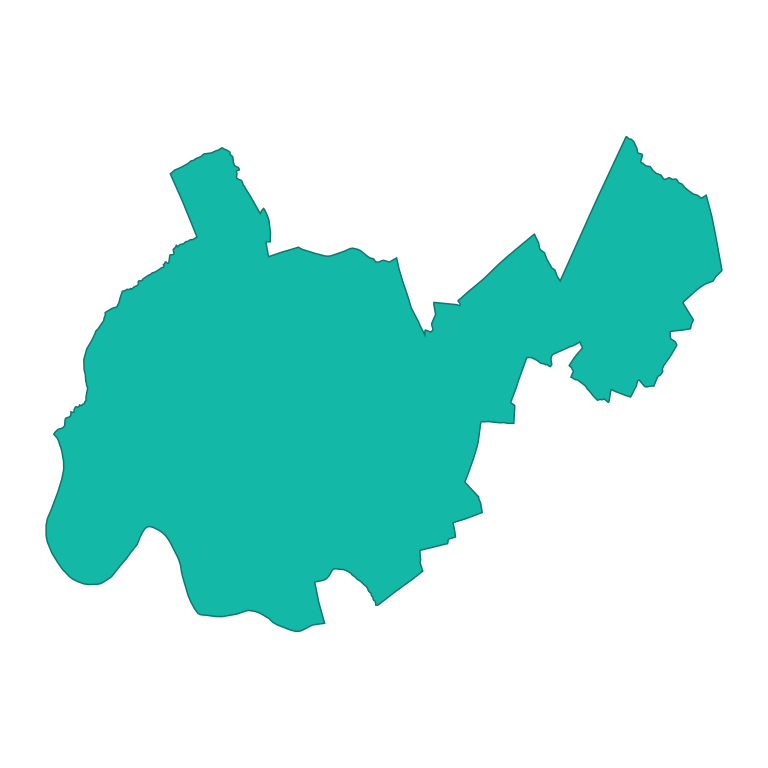 Bang Khonthi, Samut Songkhram, Thailand (Equal Earth projection)
{"feature_id": "78962969B68026694261665", "entity_name": "Bang Khonthi", "entity_type": "district", "adm_level": 2, "iso_a3": "THA", "parent_name": "Thailand", "parent_adm1": "Samut Songkhram", "projection": "equal_earth", "projection_center": [99.954, 13.478], "detail": "fine", "context": "isolated", "style": "filled", "palette": "teal", "viewbox_px": 768, "rotation_deg": 0, "n_neighbors": 0, "source": "geoboundaries", "source_scale": "gbopen_adm2", "svg_char_len": 6067}
<svg xmlns="http://www.w3.org/2000/svg" viewBox="0 0 768 768"><path d="M653.8,386.2L657.5,377.2L658.6,376.0L660.3,375.1L662.7,371.6L662.4,368.7L663.6,365.9L671.5,354.5L676.8,345.3L676.7,344.7L675.3,341.8L671.3,339.1L670.5,338.0L670.2,336.1L670.1,332.0L671.0,331.3L683.1,330.0L690.5,328.7L691.3,324.5L693.2,320.4L693.1,319.4L684.3,305.2L683.2,303.0L683.2,302.1L696.8,289.9L701.4,286.4L705.6,283.9L713.0,281.1L715.8,276.6L721.7,270.9L721.9,269.9L715.5,234.9L711.7,215.8L706.2,195.2L701.3,198.3L697.6,195.3L693.2,194.0L688.2,190.4L685.3,188.0L681.9,184.0L678.8,182.8L676.4,179.3L675.1,179.0L672.6,179.5L669.8,177.9L668.7,177.7L665.8,179.3L664.2,179.2L663.4,178.6L661.0,175.1L656.3,173.4L653.2,170.8L650.2,166.6L645.8,165.9L642.8,163.3L640.8,162.5L640.6,161.7L642.5,155.6L642.3,154.7L641.7,154.0L639.4,153.5L637.7,152.7L636.9,148.2L635.7,146.0L634.4,142.7L633.4,141.2L631.3,139.3L629.2,139.0L626.6,136.7L626.0,136.9L596.5,200.0L560.2,280.9L557.2,276.4L554.9,270.0L551.8,267.9L547.9,261.1L546.9,259.3L544.5,252.8L540.1,249.6L539.5,248.1L538.7,243.0L535.9,237.5L534.5,234.2L533.2,235.0L507.1,256.8L499.0,264.0L483.3,279.2L467.1,292.7L459.9,299.2L458.3,300.2L458.1,301.1L460.1,303.6L460.2,304.7L459.8,305.4L459.0,305.5L457.0,304.7L433.9,302.4L433.8,304.3L435.6,314.6L431.8,323.2L431.8,325.5L432.9,328.6L432.9,329.7L432.3,330.8L430.6,332.0L426.4,330.3L425.3,330.1L425.0,330.7L424.8,334.9L419.8,325.0L418.5,321.8L411.2,307.8L407.7,295.9L402.9,281.9L399.2,269.6L396.6,257.9L389.3,262.1L383.7,260.3L381.9,260.6L379.1,262.0L377.2,262.2L375.5,261.7L373.8,259.1L373.2,258.7L370.6,258.2L367.8,256.6L361.2,251.1L358.2,249.5L352.9,248.2L350.4,248.5L343.9,251.4L331.1,255.8L328.6,256.2L325.0,256.0L314.1,253.1L302.4,249.4L300.3,248.4L298.6,247.2L280.5,252.6L268.9,256.6L268.2,255.1L266.0,242.4L266.5,241.9L270.3,241.7L270.5,232.6L268.9,220.1L266.9,214.5L264.5,209.6L263.5,208.5L261.5,210.9L260.2,213.5L259.6,212.5L251.1,197.4L245.2,188.0L244.5,186.2L243.4,185.6L242.9,183.6L241.7,180.9L241.0,180.2L238.5,179.4L236.6,177.9L236.5,176.6L237.0,173.7L236.5,171.6L236.8,170.8L237.5,170.4L239.0,170.2L239.2,169.8L239.1,168.8L238.4,167.7L234.1,165.4L234.0,163.7L233.1,162.0L233.3,159.8L232.9,158.8L232.6,156.4L231.3,155.6L230.2,154.4L229.9,152.1L227.6,150.5L225.0,149.5L222.0,147.8L218.2,150.2L216.4,150.6L211.2,153.0L204.0,153.9L200.7,156.7L195.5,158.8L193.7,160.3L191.1,160.9L188.3,163.3L181.6,167.1L174.7,170.1L170.3,173.9L182.4,201.1L197.0,237.0L192.9,239.5L190.3,239.8L188.2,241.1L185.8,241.7L183.4,243.8L179.9,244.6L177.8,246.8L177.3,246.7L176.7,245.3L176.3,245.3L175.4,247.6L174.0,248.5L173.2,249.7L173.3,250.7L174.1,253.1L174.0,253.7L172.6,254.7L170.6,254.8L169.8,255.3L168.9,262.1L168.5,263.1L167.5,263.3L166.0,261.9L165.4,261.9L164.5,263.8L163.4,264.5L164.0,266.3L163.7,267.1L161.4,267.8L159.5,269.3L155.2,272.0L152.2,272.9L150.4,274.5L148.6,275.2L144.2,278.1L143.0,279.0L141.9,280.5L140.5,281.0L139.5,280.7L138.8,280.9L138.1,281.9L138.4,284.0L138.1,284.7L136.7,285.9L135.3,286.3L133.6,287.3L131.8,289.1L130.6,288.5L128.9,289.6L127.0,289.3L124.8,290.8L122.4,291.2L119.9,298.6L118.8,303.1L117.6,305.1L116.9,306.9L112.2,308.3L105.2,312.5L105.1,313.1L105.4,314.9L104.0,318.3L103.8,320.4L98.2,328.7L96.1,330.7L93.6,336.7L91.3,341.2L86.7,349.0L83.8,359.7L84.1,369.7L85.3,374.6L85.8,381.4L86.3,382.9L86.8,386.0L87.7,387.9L86.0,396.8L86.0,400.5L85.0,401.6L84.2,403.8L82.6,404.3L81.5,405.5L80.8,405.6L79.6,405.0L79.0,406.5L77.9,407.3L76.1,406.7L75.4,407.0L74.1,409.5L74.0,412.2L72.7,412.4L71.0,411.8L70.7,415.7L68.8,417.2L66.3,417.9L65.4,418.8L65.0,420.3L64.7,425.2L64.0,426.7L61.8,428.3L59.3,428.9L57.8,429.6L54.8,432.5L53.8,434.3L57.2,438.1L58.5,440.8L61.7,450.5L63.6,461.5L63.7,468.8L63.5,470.8L61.7,479.5L57.8,492.2L51.3,509.5L48.0,517.1L47.2,519.4L46.1,525.5L46.1,534.3L46.3,536.7L47.2,541.3L48.1,543.8L52.0,553.2L57.7,562.5L62.2,569.0L69.4,576.6L73.2,579.4L78.0,581.7L84.0,583.9L88.6,584.5L97.2,584.3L100.3,583.7L102.9,582.4L109.8,578.0L111.9,576.3L120.4,565.5L126.4,558.6L130.5,552.8L136.8,544.9L137.4,544.0L140.1,537.1L142.1,533.0L144.6,529.1L146.4,527.4L147.6,526.8L150.0,526.6L152.9,527.3L158.4,530.0L162.5,532.7L165.8,535.9L168.7,539.9L170.6,543.2L177.5,556.8L179.0,560.3L180.5,565.2L181.5,571.6L182.5,576.3L188.2,595.8L191.0,602.2L194.5,608.7L198.1,613.5L200.2,614.6L202.9,615.0L206.2,615.2L215.4,616.5L222.4,616.6L236.7,614.1L247.0,610.6L248.9,610.5L251.5,610.8L255.0,611.4L259.7,613.0L268.8,618.4L272.9,622.4L276.9,624.7L289.2,629.6L292.6,630.6L295.5,631.3L299.5,631.2L302.0,630.4L310.4,626.0L313.3,624.8L324.6,623.3L318.8,602.3L314.7,582.0L322.4,580.5L325.3,579.4L327.0,578.2L329.1,575.9L331.7,571.0L333.3,569.2L334.8,568.8L343.7,569.6L347.6,571.2L350.9,573.2L352.0,574.8L352.5,574.9L353.3,575.9L354.6,576.4L357.0,579.1L360.8,581.5L363.9,584.6L366.5,586.7L367.4,588.1L368.5,591.0L371.0,593.4L371.3,594.0L371.3,595.5L372.9,597.2L373.3,599.9L375.1,601.3L375.6,602.9L375.8,605.2L377.8,605.2L395.7,591.4L412.4,579.3L422.8,571.1L422.3,570.6L422.0,568.6L420.1,562.9L420.6,559.5L419.8,550.4L447.6,543.6L448.2,540.1L448.9,539.0L455.5,537.0L454.9,532.2L453.1,522.6L465.9,518.7L482.2,512.5L480.6,503.0L478.9,499.1L478.6,496.8L464.8,482.1L468.6,472.4L473.7,457.9L477.3,446.0L478.3,441.2L480.8,422.2L481.5,421.7L485.4,421.8L488.1,421.5L499.7,422.8L503.9,422.6L508.4,423.4L513.8,423.3L514.8,405.9L514.5,405.3L510.9,402.8L510.8,402.1L516.2,387.9L518.3,381.1L526.8,357.6L531.6,357.6L537.2,360.5L540.6,363.1L544.7,364.1L545.6,364.8L547.1,364.5L549.3,366.3L550.4,366.6L551.8,364.7L551.0,359.5L551.2,357.2L551.8,355.7L553.0,354.3L569.6,346.9L574.0,345.4L579.8,342.0L582.0,346.7L582.3,347.8L582.2,348.4L578.2,352.8L574.4,357.6L569.2,365.4L569.3,365.8L571.8,367.9L572.2,369.4L573.5,371.1L570.9,377.1L575.5,379.7L577.6,379.9L585.5,386.0L587.3,389.0L589.5,391.2L593.2,395.9L597.5,400.3L599.5,399.5L602.1,399.7L604.1,398.9L608.0,402.2L608.6,402.2L609.2,400.6L610.9,389.9L611.3,389.5L615.8,391.7L625.5,395.4L630.6,397.0L636.4,385.8L637.3,381.5L638.4,380.2L639.1,380.2L639.8,380.7L644.3,386.1L645.3,386.8L646.9,386.9L651.9,385.9L653.8,386.2Z" fill="#14b8a6" stroke="#0f766e" stroke-width="1.5"/></svg>